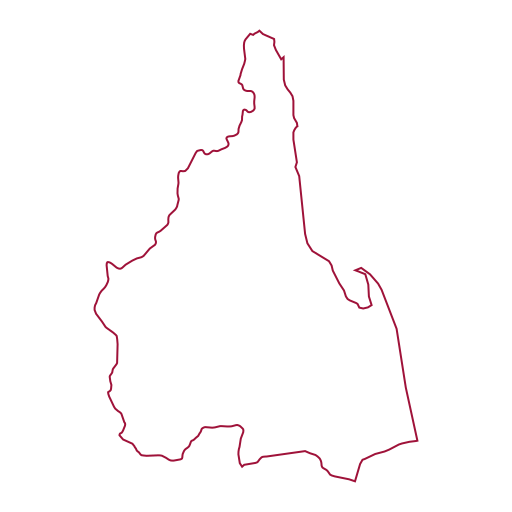 Nakhon Si Thammarat, Mercator projection
{"feature_id": "THA-376", "entity_name": "Nakhon Si Thammarat", "entity_type": "Province", "adm_level": 1, "iso_a3": "THA", "parent_name": "Thailand", "parent_adm1": "", "projection": "mercator", "projection_center": [99.657, 8.562], "detail": "fine", "context": "isolated", "style": "outline", "palette": "rose", "viewbox_px": 512, "rotation_deg": 0, "n_neighbors": 0, "source": "natural_earth", "source_scale": "10m", "svg_char_len": 4846}
<svg xmlns="http://www.w3.org/2000/svg" viewBox="0 0 512 512"><path d="M250.2,33.8L253.1,34.9L254.6,33.6L257.8,32.0L259.4,30.7L263.0,34.1L274.1,39.0L274.4,41.9L274.0,45.2L275.9,50.0L281.2,59.3L283.6,57.2L283.8,79.6L285.2,85.4L287.6,89.3L290.3,92.6L292.5,96.2L293.4,100.8L293.4,115.1L294.1,118.1L296.9,122.9L297.4,126.3L296.9,126.5L295.5,128.1L294.2,130.3L293.4,132.4L293.4,139.6L296.9,162.3L295.4,167.0L299.2,176.1L305.1,233.9L307.4,243.3L312.4,251.1L329.0,261.2L331.6,265.5L332.8,270.6L339.3,283.4L344.0,290.5L345.9,296.4L347.6,299.0L349.8,300.4L356.3,303.1L357.6,304.0L359.3,307.6L363.2,308.5L367.9,307.4L371.6,305.1L368.9,296.5L368.3,284.6L365.3,274.2L355.4,270.3L361.2,267.9L370.0,274.3L378.1,283.6L381.6,289.8L396.6,328.8L405.8,387.6L417.4,440.7L416.0,441.0L409.4,441.8L401.9,443.5L398.9,444.5L389.2,449.6L384.6,451.5L375.2,454.0L364.5,459.1L363.5,459.4L362.5,459.8L360.1,464.0L355.0,481.3L349.1,479.3L334.8,476.4L331.8,475.5L330.1,474.6L327.8,471.3L326.5,470.0L323.1,468.0L322.4,467.4L321.9,466.5L321.6,465.5L321.5,464.3L321.4,463.1L321.2,462.0L320.9,460.9L320.1,459.2L319.6,458.4L317.6,456.5L315.5,455.0L309.9,453.2L305.1,451.1L266.7,456.5L264.7,456.6L262.9,456.8L261.6,457.3L259.7,459.2L258.0,461.5L257.4,462.2L255.6,462.9L244.2,464.8L242.1,466.7L239.8,463.2L238.4,454.3L238.5,451.6L238.9,449.0L239.5,447.0L240.8,438.6L243.2,432.3L243.4,430.6L243.2,429.3L242.6,428.5L240.5,426.5L239.7,425.9L238.6,425.4L237.3,425.0L236.1,425.1L232.0,426.2L230.8,426.4L227.6,426.5L221.3,426.1L220.2,426.1L214.9,427.4L212.3,427.7L205.3,427.1L204.3,427.3L203.4,427.7L202.5,428.2L201.8,428.8L201.4,429.7L201.1,430.8L200.7,431.7L200.2,432.6L199.6,433.3L198.2,435.9L196.0,437.7L193.9,439.7L193.1,440.2L192.1,440.6L191.3,441.1L190.8,442.0L190.1,444.0L189.3,445.9L188.7,446.7L187.3,447.9L186.5,448.4L185.7,449.0L185.0,449.6L184.4,450.4L183.9,451.2L182.7,454.0L182.5,455.2L182.3,457.4L182.0,458.5L181.3,459.0L180.3,459.4L173.7,460.6L172.0,460.6L170.5,460.4L168.7,459.6L166.0,457.8L161.9,455.7L160.1,455.4L158.6,455.3L146.6,455.8L143.6,455.5L141.5,455.2L140.7,454.6L140.1,453.9L138.9,452.3L137.4,451.2L136.7,450.4L135.9,448.6L134.8,447.1L134.4,446.2L132.4,443.7L123.1,439.5L119.5,435.3L119.6,434.4L120.0,433.6L121.0,433.1L121.8,432.6L122.4,431.7L123.1,430.4L125.0,425.7L125.2,424.2L125.0,423.2L124.3,422.2L121.6,414.4L121.2,413.5L120.5,412.8L119.7,412.1L118.1,411.1L115.2,408.6L114.0,406.7L109.2,396.6L108.3,393.9L108.1,392.2L110.0,390.9L110.8,389.9L111.1,388.4L111.4,385.0L110.3,381.2L109.7,376.8L109.9,375.9L110.5,375.0L111.6,373.5L112.2,372.5L112.8,369.3L113.1,368.8L113.4,368.3L114.1,367.4L116.5,364.2L117.1,363.0L117.6,344.2L117.2,339.3L116.7,336.0L115.9,335.0L113.3,332.7L106.5,327.8L105.5,326.9L102.0,321.6L96.1,313.8L94.6,310.0L94.6,307.7L94.9,306.1L95.2,305.0L96.2,303.1L99.2,294.5L100.1,292.9L101.6,290.8L103.9,288.5L105.1,287.1L106.3,285.2L107.8,282.0L108.3,280.0L108.4,278.6L107.7,276.0L106.6,265.2L106.8,263.2L107.5,262.1L108.5,262.1L109.5,262.4L110.4,262.8L112.1,263.9L116.6,267.6L117.4,268.0L118.3,268.4L119.3,268.7L120.4,268.7L121.4,268.3L122.3,267.7L125.6,264.7L132.3,260.6L136.9,258.4L141.1,257.3L142.0,256.9L143.6,255.9L149.6,248.8L150.0,248.4L155.1,244.7L155.8,243.3L156.0,242.0L155.8,241.0L155.4,240.0L155.1,238.7L155.1,237.1L155.7,234.4L156.4,233.2L157.4,232.5L158.8,231.9L160.5,230.9L167.3,224.9L168.0,223.7L168.4,222.4L168.3,219.5L168.5,217.2L169.0,215.9L169.6,214.9L175.3,209.5L176.4,207.8L177.1,206.4L177.3,205.3L178.7,199.8L178.7,198.7L177.9,195.8L177.5,193.5L177.6,188.5L178.4,183.9L178.5,182.7L178.1,177.6L178.2,175.8L178.7,173.1L179.4,171.8L180.3,171.0L181.4,171.0L182.5,171.2L183.9,171.2L185.3,170.9L187.9,168.3L195.6,153.1L197.0,151.1L198.0,150.7L200.0,150.2L201.0,150.0L202.1,150.1L202.9,150.6L203.4,151.3L203.8,152.2L204.3,153.1L205.0,153.8L205.8,154.2L206.9,154.3L207.9,154.2L208.9,153.8L209.7,153.3L211.9,151.5L212.7,151.0L213.6,150.7L214.7,150.8L215.7,151.0L216.8,151.1L217.8,151.0L218.8,150.6L221.4,149.3L225.1,147.9L227.1,146.7L228.1,145.7L228.5,144.5L228.5,143.3L228.1,142.3L227.7,141.4L227.2,140.4L226.7,139.4L226.4,138.3L226.8,137.4L227.6,136.8L228.5,136.5L229.7,136.3L232.5,136.1L234.2,135.7L236.8,134.4L237.9,133.3L238.4,132.2L238.5,131.0L238.5,129.9L238.6,128.8L239.6,125.5L241.3,122.1L242.0,120.1L242.1,116.5L242.5,114.8L242.9,111.0L243.5,110.0L244.3,109.6L245.4,109.8L246.3,110.2L247.6,111.6L248.4,112.1L249.6,112.2L251.0,111.9L253.1,110.7L254.0,109.7L254.6,108.6L254.6,106.9L254.2,103.6L254.2,101.2L254.6,97.6L254.6,96.4L254.5,95.2L254.2,94.2L253.7,93.2L253.2,92.5L252.5,91.8L251.7,91.3L250.7,91.0L247.3,91.0L246.2,90.8L245.1,90.4L244.2,89.9L243.5,89.2L243.1,88.4L242.3,85.2L241.7,84.4L240.9,83.9L239.1,83.0L238.5,82.2L238.4,81.0L240.5,75.1L240.6,74.0L242.1,69.1L244.2,63.8L244.9,61.0L245.3,59.0L244.0,48.6L243.9,45.3L244.2,42.5L244.7,40.9L245.6,39.3L250.2,33.8Z" fill="none" stroke="#9f1239" stroke-width="2"/></svg>